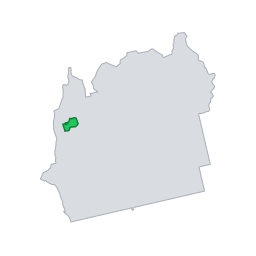 Wasat Al Gedaref, Gedarif, Sudan shown in context, rotated 167°
{"feature_id": "16777658B33675422970031", "entity_name": "Wasat Al Gedaref", "entity_type": "district", "adm_level": 2, "iso_a3": "SDN", "parent_name": "Sudan", "parent_adm1": "Gedarif", "projection": "mercator", "projection_center": [35.181, 14.159], "detail": "fine", "context": "in_parent", "style": "filled", "palette": "green", "viewbox_px": 256, "rotation_deg": 167, "n_neighbors": 0, "source": "geoboundaries", "source_scale": "gbopen_adm2", "svg_char_len": 4585}
<svg xmlns="http://www.w3.org/2000/svg" viewBox="0 0 256 256"><g transform="rotate(167 128 128)"><path d="M172.6,199.9L170.4,199.9L170.2,199.4L170.2,198.0L170.4,196.9L171.2,195.3L171.0,194.3L171.2,193.0L170.6,191.5L165.4,187.2L164.4,186.0L161.6,184.9L162.1,183.7L161.0,174.8L161.5,173.7L161.7,172.2L161.7,170.8L162.3,168.5L162.4,167.6L156.9,167.5L156.8,168.5L157.1,169.6L157.1,170.0L149.4,170.0L152.5,173.5L152.6,175.1L152.4,177.0L152.5,178.2L152.7,179.0L153.5,180.6L153.4,180.9L153.2,181.2L147.8,185.9L146.9,188.0L146.2,189.1L144.6,191.1L139.6,196.0L138.8,196.3L135.0,196.5L134.7,196.6L134.4,196.8L134.2,196.8L131.0,193.9L125.5,190.4L121.9,192.2L120.9,192.9L120.9,194.6L120.4,195.4L119.4,196.4L116.7,196.9L115.4,197.5L113.7,198.4L112.1,200.0L112.0,200.8L112.2,201.5L103.0,201.5L102.4,200.9L101.0,198.3L100.1,198.5L91.7,198.2L90.5,198.4L88.1,199.5L86.9,199.7L85.7,199.2L81.3,194.0L80.3,193.4L79.3,192.2L78.4,191.7L78.1,191.3L78.0,190.7L78.0,189.6L77.7,188.9L77.0,188.7L71.1,189.9L70.2,189.8L69.0,190.0L68.6,190.2L68.1,190.9L68.0,192.3L67.8,193.0L67.4,193.8L65.7,195.5L65.3,196.3L65.4,198.2L65.3,199.2L65.0,199.6L64.3,200.4L64.0,200.8L63.7,203.3L62.8,204.7L62.6,205.3L62.5,206.3L62.4,206.7L59.7,207.5L58.7,208.1L58.1,208.9L58.0,209.2L56.8,208.9L55.4,208.7L52.6,208.5L51.4,208.1L50.9,207.5L51.1,206.0L50.8,205.7L50.4,205.4L50.1,204.8L50.1,204.0L51.6,202.3L51.9,201.4L52.3,197.0L52.2,195.7L51.0,193.3L48.3,189.1L47.7,188.3L44.3,184.8L43.9,184.3L43.1,182.8L44.0,179.6L44.1,178.8L43.8,177.8L43.0,177.2L42.2,177.1L41.2,176.2L40.6,175.8L40.0,175.1L39.6,174.0L39.9,170.2L39.7,169.7L38.8,169.6L38.6,169.3L38.7,168.6L38.2,166.4L37.7,164.7L38.0,163.7L37.2,162.3L35.9,161.7L33.2,162.2L32.3,162.1L31.8,161.9L31.4,161.4L31.2,160.8L31.3,159.9L32.1,158.3L33.1,157.0L35.0,155.8L35.5,155.1L35.8,154.4L35.9,153.6L35.7,152.7L35.5,151.9L34.9,150.9L34.4,149.6L34.4,148.8L34.7,148.2L35.2,147.5L37.1,146.1L39.1,144.9L39.4,144.5L39.3,144.0L38.4,143.1L38.1,141.2L37.6,139.9L38.6,138.9L39.3,138.5L40.5,138.2L40.9,137.8L41.0,137.0L41.0,136.3L41.4,135.7L42.0,134.5L42.4,134.0L43.9,132.6L44.3,131.7L44.4,130.8L43.9,128.1L44.8,127.0L45.9,126.1L47.5,126.2L50.0,126.0L51.7,125.6L52.9,125.6L55.6,126.1L55.9,125.9L56.1,125.2L56.0,74.0L67.4,74.1L67.6,74.0L67.6,49.3L139.4,49.3L140.0,49.2L141.2,46.9L141.7,46.8L142.4,46.9L142.6,47.4L142.0,49.3L204.8,49.3L204.9,52.1L205.4,54.4L207.2,57.6L208.7,59.4L209.3,60.3L209.3,60.8L209.2,61.2L208.8,60.7L208.0,60.4L207.9,61.9L208.3,65.0L208.9,67.1L208.4,69.1L208.5,72.5L209.3,76.6L209.1,79.1L210.4,85.1L211.7,88.4L212.4,89.3L213.2,89.7L214.7,90.0L216.9,91.7L218.7,93.4L219.3,94.4L220.1,95.4L220.7,95.2L221.1,94.9L221.7,95.7L224.4,97.5L224.8,98.3L223.8,99.2L222.7,100.5L222.1,101.8L221.8,102.2L220.9,103.1L220.7,103.4L220.3,103.7L219.9,103.7L219.0,104.1L218.1,104.0L217.2,104.3L216.9,104.6L216.2,104.8L215.3,105.0L213.9,106.1L212.6,106.6L212.2,107.0L211.5,109.2L211.0,109.8L209.1,109.8L208.2,110.0L207.0,109.8L206.4,109.8L206.2,110.3L206.0,112.1L206.0,112.9L205.0,115.0L205.3,119.0L204.3,121.9L204.1,122.6L203.1,125.0L202.6,125.8L201.3,130.2L200.8,131.5L199.7,132.9L200.8,143.4L199.9,146.6L199.9,148.3L199.2,150.9L198.7,152.1L197.9,153.5L197.2,155.1L196.6,157.2L196.2,161.2L196.0,161.5L192.7,162.0L191.6,162.3L190.9,162.8L190.1,163.8L188.4,166.6L187.5,168.3L186.1,170.6L184.5,172.3L184.1,173.1L183.9,174.6L183.3,177.0L182.7,178.7L182.8,180.0L182.3,182.4L182.4,183.5L181.8,184.1L181.1,184.7L180.6,184.9L178.3,183.3L176.6,184.4L175.6,185.9L174.8,187.4L175.3,190.7L175.2,191.4L175.0,192.2L173.5,195.4L173.0,196.8L172.6,199.3L172.6,199.9Z" fill="#d9dde1" stroke="#a8b0b8" stroke-width="1"/><path d="M175.6,143.5L175.7,144.4L175.8,144.9L175.9,145.8L176.4,149.2L176.5,149.5L177.0,149.7L177.8,149.9L178.5,150.1L178.9,150.2L179.4,149.9L180.8,149.5L181.2,150.0L181.4,150.2L182.7,150.3L182.8,150.1L183.3,149.1L184.0,147.9L184.2,147.5L184.3,147.3L184.7,147.3L185.0,147.3L185.2,146.8L185.4,146.4L186.1,146.4L186.3,146.8L186.5,147.0L186.9,147.0L187.1,147.1L187.4,147.1L187.6,147.0L187.6,146.9L187.6,146.7L187.3,146.4L187.2,146.3L186.9,146.2L186.8,145.9L186.9,145.6L187.0,145.4L187.3,145.5L187.5,145.6L187.8,145.5L188.0,145.6L188.2,145.8L188.1,146.0L188.1,146.3L188.1,146.5L188.2,146.8L188.4,146.7L188.6,146.6L189.4,146.3L190.6,146.3L190.5,144.9L190.5,143.9L190.3,142.4L190.1,141.0L190.1,140.0L190.2,139.7L190.3,139.5L190.3,139.3L186.9,138.8L186.4,138.8L185.9,139.1L185.5,139.7L185.0,140.3L184.8,140.7L184.4,141.3L184.2,141.6L183.7,141.7L182.9,141.6L182.0,141.5L180.1,141.3L179.6,141.1L178.8,141.1L176.9,142.2L176.1,142.9L175.6,143.5Z" fill="#22c55e" stroke="#15803d" stroke-width="1.5"/></g></svg>